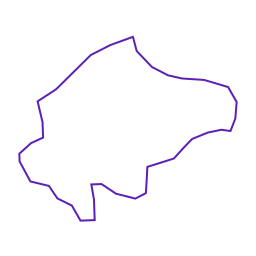 the border of Štrpce, rotated 178°
{"feature_id": "KOS-5914", "entity_name": "Štrpce", "entity_type": "District", "adm_level": 1, "iso_a3": "XKX", "parent_name": "Kosovo", "parent_adm1": "", "projection": "natural_earth1", "projection_center": [20.995, 42.226], "detail": "fine", "context": "isolated", "style": "outline", "palette": "violet", "viewbox_px": 256, "rotation_deg": 178, "n_neighbors": 0, "source": "natural_earth", "source_scale": "10m", "svg_char_len": 630}
<svg xmlns="http://www.w3.org/2000/svg" viewBox="0 0 256 256"><g transform="rotate(178 128 128)"><path d="M217.4,157.8L198.4,169.3L171.9,193.7L162.7,202.2L142.6,211.6L119.9,218.9L119.8,218.5L116.6,204.6L101.9,188.1L86.3,179.3L72.3,175.6L50.3,173.4L26.5,165.4L18.5,150.2L20.4,133.7L25.7,121.4L34.8,123.0L48.6,120.6L64.3,114.8L72.8,106.6L83.2,95.9L110.0,88.5L111.2,74.7L112.4,62.3L123.1,57.2L142.2,62.7L156.4,72.9L166.6,72.9L164.5,57.5L164.5,37.1L178.7,37.1L186.8,52.4L201.0,60.1L209.1,72.9L227.4,78.0L237.5,98.4L237.5,106.1L225.4,116.3L213.2,121.4L213.2,136.7L217.4,157.8Z" fill="none" stroke="#5b21b6" stroke-width="2"/></g></svg>